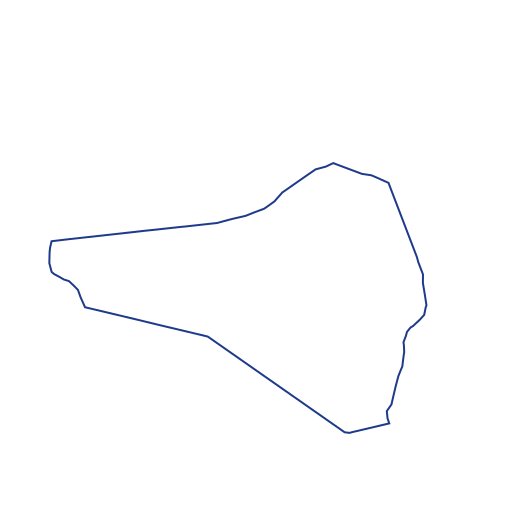 outline of Damanhur, Al Buhayrah, Egypt, rotated 295°
{"feature_id": "37247803B7643312094608", "entity_name": "Damanhur", "entity_type": "district", "adm_level": 2, "iso_a3": "EGY", "parent_name": "Egypt", "parent_adm1": "Al Buhayrah", "projection": "orthographic", "projection_center": [30.461, 31.05], "detail": "fine", "context": "isolated", "style": "outline", "palette": "blue", "viewbox_px": 512, "rotation_deg": 295, "n_neighbors": 0, "source": "geoboundaries", "source_scale": "gbopen_adm2", "svg_char_len": 1151}
<svg xmlns="http://www.w3.org/2000/svg" viewBox="0 0 512 512"><g transform="rotate(295 256 256)"><path d="M302.0,418.7L309.9,415.1L315.8,409.0L319.0,405.7L323.0,402.3L376.6,346.9L378.3,345.2L378.2,340.5L378.1,332.3L377.9,326.4L375.2,317.3L372.8,286.7L366.6,281.6L359.7,273.4L349.5,267.4L326.9,254.3L324.7,253.0L313.2,249.6L305.9,245.5L302.3,243.4L295.0,236.2L288.2,229.8L286.4,227.6L283.7,224.1L279.8,219.1L277.5,216.3L269.4,206.7L266.7,202.2L252.4,178.7L251.1,176.4L237.4,153.8L231.3,143.6L226.1,135.1L192.4,79.7L183.0,64.5L176.7,65.8L172.3,67.3L162.2,71.7L155.2,77.5L154.3,80.6L154.0,86.4L153.5,91.8L154.2,97.0L153.5,99.2L152.0,103.7L150.0,109.0L145.0,113.9L143.3,115.8L137.3,122.7L148.3,176.2L151.8,193.7L162.6,246.3L158.7,268.5L133.7,410.8L135.2,415.5L137.0,417.6L138.5,419.5L160.6,447.5L162.4,445.8L164.3,443.9L170.7,440.1L178.7,441.5L187.1,439.7L196.7,437.7L207.2,435.8L213.9,435.4L217.7,435.3L224.7,433.0L229.2,431.6L231.4,431.0L237.2,428.0L240.2,426.1L247.3,425.6L250.9,424.9L256.3,426.2L259.1,428.0L261.9,429.1L267.8,431.5L273.8,433.3L281.2,431.5L283.4,431.3L292.4,425.3L302.0,418.7Z" fill="none" stroke="#1e3a8a" stroke-width="2"/></g></svg>